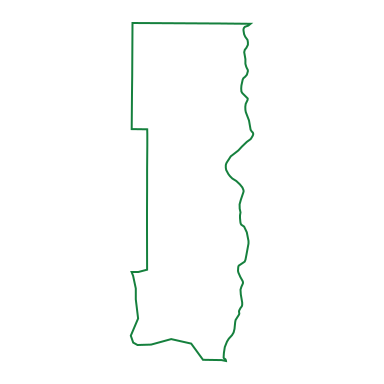 Washington, Minnesota, United States of America (Albers equal-area conic projection)
{"feature_id": "52423323B91557188858785", "entity_name": "Washington", "entity_type": "district", "adm_level": 2, "iso_a3": "USA", "parent_name": "United States of America", "parent_adm1": "Minnesota", "projection": "albers", "projection_center": [-92.811, 45.021], "detail": "fine", "context": "isolated", "style": "outline", "palette": "green", "viewbox_px": 384, "rotation_deg": 0, "n_neighbors": 0, "source": "geoboundaries", "source_scale": "gbopen_adm2", "svg_char_len": 1820}
<svg xmlns="http://www.w3.org/2000/svg" viewBox="0 0 384 384"><path d="M132.5,23.0L132.2,75.8L132.0,92.3L131.7,129.1L147.2,129.3L147.3,134.0L147.3,145.7L147.1,169.8L147.1,184.2L147.1,187.3L147.0,212.7L147.0,227.6L147.1,269.7L138.3,272.0L131.6,272.0L133.1,275.8L135.8,288.5L135.8,299.4L138.1,318.5L130.8,335.7L133.2,342.6L137.5,345.0L151.1,344.6L171.2,339.1L191.2,343.6L203.0,359.8L221.6,360.1L226.0,361.0L225.9,360.3L225.4,359.3L223.9,358.2L223.6,357.5L223.9,352.9L224.8,347.1L227.0,341.6L228.8,338.7L232.0,335.2L233.6,332.5L234.5,328.9L235.2,322.0L235.6,320.0L239.0,314.6L239.3,313.6L239.0,311.6L239.2,310.5L240.4,308.2L241.8,306.3L242.2,304.9L242.2,302.6L240.8,294.4L240.5,289.7L241.4,286.8L242.9,283.5L243.0,282.3L242.7,281.2L240.3,276.9L238.4,272.6L238.0,270.9L238.2,267.6L238.4,266.4L238.8,265.6L243.9,262.2L244.7,261.6L245.0,260.9L245.5,259.6L246.4,255.0L248.5,243.6L248.5,241.0L246.8,232.3L244.1,226.6L241.3,224.7L240.7,223.6L240.4,222.2L240.0,218.0L240.0,215.4L240.5,212.4L239.7,208.7L239.6,204.3L240.9,199.6L243.3,192.5L243.6,191.4L243.5,190.2L242.4,187.5L239.9,184.4L236.3,181.0L232.3,178.5L230.0,176.2L228.4,174.1L226.2,170.0L225.8,167.8L225.8,165.1L226.2,163.7L226.7,162.6L230.4,156.9L230.5,156.7L230.8,156.3L238.3,150.5L242.0,146.5L246.8,141.9L250.1,139.5L250.9,138.8L252.8,135.6L253.2,134.3L253.2,133.7L252.8,132.5L251.8,131.6L250.6,129.7L249.0,120.5L245.8,112.1L245.4,109.9L245.3,106.8L245.7,103.9L247.6,99.9L247.7,98.5L242.3,93.1L241.4,91.5L241.2,88.6L241.4,85.6L242.7,79.6L243.4,78.2L245.2,76.7L246.9,74.7L247.9,71.1L247.7,69.7L247.0,68.5L246.2,66.7L245.4,63.8L245.4,59.1L244.2,52.2L244.8,49.8L246.4,47.8L247.9,44.8L247.9,42.2L247.5,39.9L245.2,36.7L244.1,34.2L243.5,30.5L243.5,29.2L243.9,28.0L244.9,26.8L248.3,25.6L250.5,23.8L220.7,23.5L132.5,23.0Z" fill="none" stroke="#15803d" stroke-width="2"/></svg>